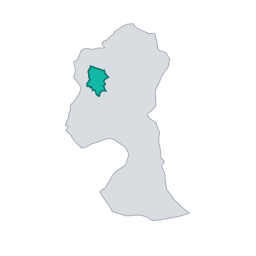 location of Gulbene within Latvia, rotated 253°
{"feature_id": "LVA-1083", "entity_name": "Gulbene", "entity_type": "Municipality", "adm_level": 1, "iso_a3": "LVA", "parent_name": "Latvia", "parent_adm1": "", "projection": "orthographic", "projection_center": [26.543, 57.177], "detail": "fine", "context": "in_parent", "style": "filled", "palette": "teal", "viewbox_px": 256, "rotation_deg": 253, "n_neighbors": 0, "source": "natural_earth", "source_scale": "10m", "svg_char_len": 3146}
<svg xmlns="http://www.w3.org/2000/svg" viewBox="0 0 256 256"><g transform="rotate(253 128 128)"><path d="M182.9,188.0L181.5,187.7L177.5,186.1L174.1,183.8L172.1,180.7L168.7,176.5L166.4,174.3L162.9,171.6L157.0,166.0L154.9,164.7L144.4,162.1L140.6,160.9L137.3,154.6L136.2,151.0L134.5,150.3L132.6,151.0L130.6,151.7L125.7,155.8L124.2,156.3L121.3,156.3L114.4,157.0L111.3,155.3L106.0,153.4L103.1,153.1L100.5,153.0L89.1,150.8L86.9,152.5L84.7,152.7L82.8,149.8L80.3,148.9L77.4,149.7L72.3,149.5L66.3,148.2L58.5,147.1L57.4,147.3L48.5,150.4L46.4,150.8L36.5,156.4L28.7,161.7L28.5,152.3L30.5,133.5L32.3,124.3L37.8,119.3L40.7,115.2L42.6,109.7L43.4,104.5L44.7,100.3L52.8,88.5L58.6,87.5L66.6,84.6L75.3,82.3L76.8,86.0L77.5,88.8L87.3,99.5L89.8,103.0L93.3,114.9L102.8,121.3L110.6,119.7L114.0,117.0L120.3,111.9L123.2,108.1L123.9,104.4L123.3,88.4L121.9,81.4L122.6,77.1L123.6,77.4L126.3,75.4L134.8,71.7L136.4,71.6L138.4,70.9L143.7,68.0L145.4,69.6L146.7,71.4L147.5,71.5L147.9,70.8L147.8,69.7L148.2,68.9L149.7,69.4L155.8,74.3L158.1,75.4L159.7,75.8L161.6,78.1L166.8,79.6L167.5,80.8L167.9,82.3L172.7,88.4L174.9,91.5L179.3,94.3L181.2,95.0L188.9,92.1L191.0,91.1L192.8,91.1L194.6,92.6L198.7,94.6L202.5,95.2L203.2,95.0L206.3,95.2L207.4,96.0L208.2,99.9L211.9,102.9L215.3,105.4L216.1,106.5L216.4,108.8L216.3,111.5L215.9,112.8L214.5,114.5L213.4,118.5L213.2,122.3L211.4,129.0L211.8,129.1L215.9,127.8L217.1,128.5L218.0,129.9L218.4,134.0L219.8,135.9L221.2,138.8L221.7,141.0L224.4,143.7L224.6,145.4L226.4,151.5L227.1,155.1L227.5,157.8L226.7,161.3L226.1,163.7L225.3,163.6L222.9,164.3L219.2,167.2L213.7,174.0L212.2,175.5L210.8,180.7L210.5,181.2L207.2,181.0L206.3,180.9L203.0,181.0L195.8,179.8L193.0,180.7L189.3,185.9L187.9,186.6L183.7,187.4L182.9,188.0Z" fill="#d9dde1" stroke="#a8b0b8" stroke-width="1"/><path d="M170.4,107.7L173.9,107.4L174.0,107.1L174.0,106.5L174.3,106.1L174.4,105.6L174.3,105.4L174.3,105.0L176.5,105.4L178.3,104.9L178.4,104.5L178.5,104.2L178.3,104.2L177.9,104.4L177.6,104.3L177.5,104.2L177.6,103.8L178.2,103.6L178.5,103.5L178.9,103.1L179.7,102.8L179.8,102.4L179.8,102.2L179.7,101.3L180.9,101.2L181.0,101.4L181.2,101.6L181.5,101.8L182.2,101.7L182.9,102.0L183.5,103.4L183.9,104.0L185.1,104.8L185.2,105.3L185.2,105.5L186.1,106.2L187.0,105.6L187.4,105.4L188.2,105.6L189.4,105.7L189.5,105.7L190.2,106.5L191.3,106.3L193.5,106.3L194.4,107.1L195.4,107.8L195.6,108.0L195.4,108.3L195.1,108.6L195.1,108.8L195.1,109.0L195.3,109.0L198.1,110.1L197.4,111.5L196.3,112.9L195.6,113.7L194.1,115.7L193.7,116.2L193.3,116.7L192.6,118.2L192.0,119.0L191.2,119.5L190.1,120.6L190.3,121.2L190.4,121.3L190.1,122.3L188.4,122.0L188.0,121.9L187.3,121.8L186.7,122.1L186.5,122.4L185.9,122.8L185.7,122.8L185.5,122.6L184.0,123.2L183.1,123.8L182.2,124.1L181.9,122.5L181.5,121.0L181.2,120.2L180.7,119.3L180.3,118.7L179.3,118.4L176.8,119.3L175.7,117.9L175.5,116.6L174.1,117.1L172.6,117.0L171.7,117.3L169.9,117.6L170.4,116.6L170.6,116.0L171.2,115.0L171.3,114.8L171.3,114.3L170.4,112.9L169.6,111.4L169.2,111.0L168.9,110.7L168.5,110.6L167.2,110.4L166.9,109.3L167.1,109.1L168.2,109.0L168.4,108.9L168.4,108.2L168.9,107.8L169.6,107.6L170.4,107.7Z" fill="#14b8a6" stroke="#0f766e" stroke-width="1.5"/></g></svg>